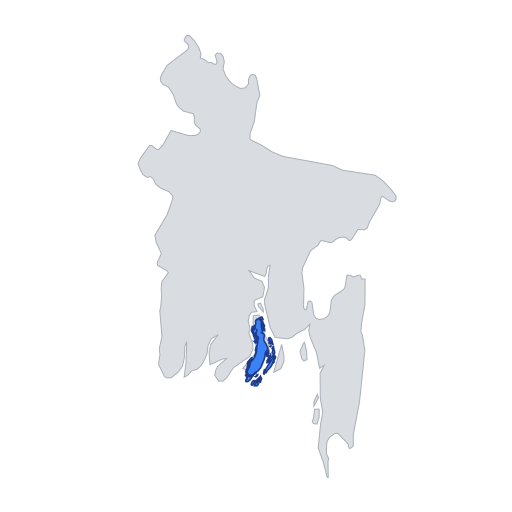 location of Bhola, Barisal, Bangladesh, rotated 12°
{"feature_id": "16705992B37732832620169", "entity_name": "Bhola", "entity_type": "district", "adm_level": 2, "iso_a3": "BGD", "parent_name": "Bangladesh", "parent_adm1": "Barisal", "projection": "natural_earth1", "projection_center": [90.703, 22.35], "detail": "fine", "context": "in_parent", "style": "filled", "palette": "blue", "viewbox_px": 512, "rotation_deg": 12, "n_neighbors": 0, "source": "geoboundaries", "source_scale": "gbopen_adm2", "svg_char_len": 9814}
<svg xmlns="http://www.w3.org/2000/svg" viewBox="0 0 512 512"><g transform="rotate(12 256 256)"><path d="M180.7,366.9L180.7,354.2L173.2,329.3L173.5,326.6L172.0,314.5L170.1,307.9L169.2,300.8L173.7,290.6L171.9,288.9L161.9,285.8L160.7,283.2L162.9,273.1L155.6,263.6L152.8,256.6L160.6,233.7L162.6,217.7L162.1,214.6L157.4,211.1L149.0,209.6L143.1,206.7L139.6,202.2L136.7,200.3L133.1,201.7L128.5,199.9L124.6,195.4L121.4,190.0L122.7,184.1L128.9,170.0L131.1,169.6L136.4,172.3L138.4,172.3L141.9,166.7L146.8,150.9L163.7,152.2L167.8,151.7L172.0,150.5L174.3,148.5L175.6,145.9L175.2,143.7L170.0,140.7L168.0,138.5L166.6,132.2L165.1,129.8L154.9,129.4L149.6,126.5L146.7,123.9L141.5,115.3L135.2,108.9L129.1,107.4L126.7,105.3L125.4,102.0L126.2,97.3L129.4,88.1L146.3,68.4L146.7,66.2L146.1,63.7L141.1,60.5L140.8,59.0L142.2,54.8L145.0,54.3L150.8,58.1L156.7,64.1L160.2,69.6L160.3,73.8L164.9,74.7L168.7,76.6L172.7,76.0L175.2,77.1L177.0,76.7L177.6,74.2L174.3,68.0L175.9,65.4L179.8,65.6L182.6,67.9L184.6,72.7L184.9,80.1L189.5,86.8L195.4,91.6L200.1,93.8L205.7,95.4L210.5,93.8L212.9,89.2L211.9,85.0L212.6,81.2L214.6,79.1L217.6,79.3L219.8,82.3L226.4,98.3L225.0,105.4L226.4,124.9L224.7,137.8L225.8,142.7L226.9,143.6L236.8,146.0L251.1,151.1L262.1,153.0L311.8,151.6L322.6,154.1L355.8,152.2L364.8,156.3L374.6,163.0L380.2,167.9L381.2,170.8L380.6,173.2L378.7,174.5L375.3,174.6L367.5,171.4L366.2,172.3L366.1,180.0L359.8,199.4L359.0,205.3L356.8,207.7L350.2,208.9L345.9,220.2L344.1,221.6L339.8,219.1L337.1,219.5L333.7,220.6L330.4,223.2L328.1,226.4L325.5,227.5L316.2,227.3L314.4,232.5L308.3,239.4L304.1,257.5L304.4,263.1L309.6,277.5L313.2,296.3L314.6,298.2L316.3,298.4L316.5,289.8L318.1,288.7L320.3,289.7L324.7,301.3L327.2,304.2L331.0,305.0L335.4,303.3L338.7,299.9L340.0,296.2L338.9,283.6L340.9,278.4L348.5,270.7L349.5,268.4L349.0,255.7L351.9,255.3L355.7,256.3L360.5,253.3L362.0,253.2L364.1,256.5L367.5,255.9L372.7,281.0L373.2,298.7L374.4,308.6L376.3,310.8L382.1,325.6L387.6,377.5L388.3,410.5L390.6,421.7L388.7,424.3L386.9,424.7L385.2,420.8L372.9,412.4L369.9,413.3L365.7,418.1L364.1,422.7L364.8,429.0L366.2,435.2L369.1,438.8L369.3,442.8L372.7,457.6L371.7,457.7L365.0,444.2L356.8,430.9L354.1,407.1L353.9,395.3L348.4,381.5L343.1,357.4L345.4,348.9L341.5,352.6L335.4,338.2L325.8,324.0L323.0,317.7L322.9,311.6L318.8,317.8L313.2,322.1L307.5,328.6L303.7,330.5L291.6,331.7L284.7,323.0L274.7,301.8L273.4,297.0L274.7,284.6L272.3,272.7L271.7,262.3L269.9,263.3L269.2,266.1L269.6,270.5L268.8,274.2L252.1,271.8L259.2,278.0L266.9,279.5L270.9,285.0L271.1,294.3L263.6,299.8L264.3,304.5L268.6,310.2L263.3,311.9L261.9,315.6L261.8,320.9L265.5,329.1L264.8,332.3L271.2,343.0L272.4,348.1L270.8,355.3L257.1,370.0L253.1,380.4L249.8,385.2L245.5,386.1L240.4,381.2L240.4,376.2L241.4,372.1L248.5,362.4L244.7,363.7L233.6,371.8L231.5,365.3L230.1,359.2L230.1,351.9L235.4,340.8L229.4,346.3L227.7,353.2L228.4,361.3L227.6,367.0L225.2,374.5L222.0,379.0L216.8,381.9L214.4,386.3L210.9,389.6L209.7,374.5L206.0,354.1L205.2,358.5L207.1,371.1L207.0,379.3L204.1,385.8L198.3,392.8L193.9,393.8L191.3,392.7L183.2,382.2L182.5,372.3L180.7,366.9ZM281.8,367.1L271.6,369.6L266.4,368.8L276.1,350.5L275.8,342.3L274.3,335.7L269.4,330.3L269.1,326.5L266.9,321.2L265.7,315.1L271.2,313.1L275.6,316.6L277.2,323.6L279.4,328.8L287.1,339.5L287.0,346.1L284.9,362.2L281.8,367.1ZM303.7,361.1L297.5,366.0L299.5,337.1L304.1,347.9L305.3,353.6L303.7,361.1ZM327.4,346.7L324.7,348.8L322.2,347.0L318.9,340.2L320.5,331.6L321.5,330.4L325.4,339.1L327.4,346.7ZM350.5,407.7L347.0,408.0L345.3,405.9L346.1,403.0L345.1,393.7L349.6,392.7L351.3,400.6L350.5,407.7ZM346.6,381.5L343.9,390.8L342.9,386.6L344.7,378.5L346.6,381.5ZM273.9,306.2L274.9,309.2L269.2,305.3L267.7,302.6L270.2,301.1L273.9,306.2Z" fill="#d9dde1" stroke="#a8b0b8" stroke-width="1"/><path d="M269.3,324.1L269.5,324.2L269.8,323.6L269.6,324.3L270.3,327.8L270.1,327.4L269.5,328.4L267.7,329.3L267.5,330.1L268.8,330.5L270.7,332.3L271.6,333.7L272.7,334.4L272.5,332.7L271.9,331.5L272.3,328.8L271.7,327.2L272.4,328.8L272.0,331.4L272.6,332.3L272.7,333.8L274.8,334.5L275.3,335.2L275.5,336.1L275.4,338.1L275.7,340.8L275.6,343.8L276.0,346.0L275.8,347.7L276.1,348.3L276.2,347.5L276.4,350.2L275.9,354.2L274.4,358.3L272.1,361.8L272.8,361.6L272.8,365.4L271.2,370.7L273.1,373.8L274.5,373.7L276.4,373.4L277.6,372.6L279.7,369.7L282.0,368.0L282.9,365.8L283.7,364.6L285.5,354.8L285.3,348.8L285.8,346.8L286.9,344.7L286.9,343.8L284.0,339.9L281.5,337.3L280.9,335.4L280.7,331.9L280.4,331.3L279.6,330.4L278.1,330.3L277.8,330.1L278.8,330.1L277.3,327.6L277.2,326.3L276.1,324.7L274.6,318.6L272.8,317.3L271.5,317.0L270.4,317.3L270.2,318.3L269.6,318.1L269.0,319.9L269.7,321.6L269.9,322.8L269.3,324.1ZM294.9,354.0L294.1,349.3L293.1,349.4L293.2,352.3L292.4,355.7L290.1,361.4L288.7,366.4L288.7,366.8L288.9,366.4L289.1,367.8L289.6,368.3L290.1,368.1L290.9,365.8L293.5,361.4L294.2,359.4L294.9,354.0ZM277.3,375.2L273.4,375.1L272.9,376.2L272.2,380.9L274.2,380.6L276.1,378.2L277.3,375.2ZM291.0,338.9L288.6,334.3L286.6,332.9L285.6,333.5L285.5,334.0L287.5,336.3L290.1,338.8L291.0,338.9ZM270.2,369.8L270.9,369.1L271.9,365.8L271.3,361.9L271.7,360.8L271.4,360.2L270.6,360.5L269.7,362.7L270.5,363.6L270.3,364.9L270.6,367.3L270.2,369.8ZM281.3,383.3L283.7,382.9L284.9,381.4L285.0,380.4L284.1,379.5L283.4,379.3L284.4,378.4L283.5,378.6L282.5,379.9L281.4,382.6L281.3,383.3ZM278.9,383.2L279.7,382.6L280.9,379.6L280.6,378.1L279.4,378.4L278.2,380.4L278.0,382.5L278.2,383.1L278.9,383.2ZM273.8,334.8L273.3,334.7L272.2,334.9L271.5,336.0L273.0,338.9L273.5,339.3L273.5,339.0L274.3,339.2L274.3,338.7L273.9,336.8L273.2,335.6L274.0,336.5L273.9,335.4L274.2,336.2L274.6,335.3L273.5,334.9L273.1,334.9L273.3,335.4L273.0,334.9L272.4,335.1L273.0,334.8L273.8,334.8ZM294.3,346.1L293.2,344.0L292.5,344.4L291.9,345.7L292.1,347.2L292.9,347.9L294.4,347.8L294.3,346.1ZM267.1,328.5L267.7,328.6L267.8,328.3L268.0,326.9L267.6,326.2L268.0,326.5L268.3,328.0L268.7,326.7L268.4,328.2L268.9,328.1L269.4,327.5L269.0,328.1L269.4,328.1L269.8,326.8L269.4,324.6L269.1,324.6L268.7,325.5L268.1,325.2L267.8,325.6L267.0,325.7L267.1,328.5ZM287.1,375.0L286.3,374.0L285.5,374.6L285.0,375.8L285.4,378.1L286.0,378.9L286.4,378.7L286.0,377.6L286.2,377.4L286.6,377.6L286.8,377.2L286.7,375.1L287.0,375.3L287.1,375.0ZM271.6,316.6L274.2,317.1L275.6,316.8L275.9,316.4L275.4,315.3L274.4,314.4L274.1,314.9L273.4,315.1L273.4,315.5L272.0,315.9L271.6,316.6ZM278.9,322.5L277.6,320.9L277.0,322.8L278.5,326.0L278.9,323.3L278.2,322.6L278.8,322.8L278.9,322.5ZM270.6,360.2L273.0,359.2L273.3,358.5L273.2,356.4L272.7,356.4L270.6,360.2ZM289.3,338.3L286.4,335.5L286.2,335.5L286.7,336.7L286.9,338.9L287.9,339.1L289.3,338.8L289.3,338.3ZM284.2,377.2L284.1,376.4L285.0,374.2L284.9,373.5L282.0,377.9L281.9,379.4L282.7,377.8L284.2,377.2ZM270.8,374.3L271.8,374.9L272.7,374.1L270.9,371.3L270.4,371.8L271.0,373.6L270.8,374.3ZM288.8,348.5L288.3,348.5L288.4,346.5L288.1,345.8L286.9,348.4L287.3,350.1L288.2,349.6L288.8,348.5ZM292.0,341.0L291.2,341.6L290.9,343.2L291.8,344.2L292.9,343.5L292.0,341.0ZM288.9,358.9L289.7,354.9L289.6,352.6L288.6,356.1L288.9,358.9ZM290.0,353.4L290.9,350.5L291.1,350.1L290.8,349.1L289.6,352.2L290.0,353.4ZM288.5,369.9L288.9,368.9L288.7,367.5L288.2,367.0L287.8,367.5L287.7,369.1L288.0,369.8L288.5,369.9ZM279.0,372.1L280.4,370.6L280.6,369.6L279.6,370.0L278.5,372.2L279.0,372.1ZM268.0,331.2L268.9,332.3L269.4,332.3L271.0,333.4L268.7,330.6L268.3,330.7L268.0,331.2ZM270.6,335.2L271.1,335.5L271.4,335.2L271.4,335.5L271.8,335.0L271.3,334.8L271.8,334.7L271.0,334.0L270.4,334.2L271.0,333.9L270.8,333.8L271.3,333.9L271.0,333.6L270.0,333.6L270.6,335.2ZM290.3,357.2L291.1,355.1L291.2,353.3L290.8,353.5L290.1,357.0L290.3,357.2ZM296.0,352.9L296.2,351.1L295.9,350.2L295.4,349.9L295.3,351.0L296.0,352.9ZM295.5,353.6L295.8,352.6L294.8,350.7L294.9,352.0L295.5,353.6ZM281.3,373.0L282.3,372.9L282.4,371.6L281.7,371.9L281.3,373.0ZM275.0,344.9L275.4,345.5L275.7,346.4L275.4,342.8L275.0,344.9ZM275.0,348.5L275.3,348.8L275.5,349.5L275.4,346.9L275.0,346.7L275.0,348.5ZM275.8,353.0L276.1,350.3L276.0,348.7L275.6,352.8L275.8,353.0ZM276.8,374.8L277.6,374.1L277.8,373.6L276.0,374.2L276.8,374.8ZM288.4,341.7L289.1,341.8L289.5,340.8L288.6,341.0L288.4,341.7ZM275.9,317.0L275.5,316.8L274.0,317.2L274.9,317.7L275.9,317.0ZM290.5,352.5L291.3,351.9L291.1,350.5L290.5,352.5ZM272.3,377.3L271.7,380.2L272.1,379.7L272.4,376.1L272.4,375.5L272.0,375.9L272.3,376.2L272.3,377.3ZM279.9,326.6L279.7,325.6L279.3,325.4L279.1,326.7L279.9,326.6ZM287.8,366.4L288.5,365.8L288.7,364.6L287.6,366.2L287.8,366.4ZM269.9,333.5L270.7,333.5L268.9,332.3L269.3,332.8L269.9,333.5ZM271.5,375.6L271.6,375.2L270.7,374.5L270.6,375.2L271.5,375.6ZM286.1,335.9L286.2,335.3L285.6,334.9L285.8,336.5L285.7,336.0L286.1,335.9ZM273.3,341.1L273.4,340.2L272.4,340.2L272.9,340.5L273.3,341.1ZM285.5,373.9L285.9,373.5L285.4,372.6L285.2,373.2L285.5,373.9ZM280.9,374.3L281.2,374.1L281.6,373.6L280.4,374.1L280.9,374.3ZM267.2,330.5L267.2,329.7L267.6,328.7L267.1,328.7L267.2,330.5ZM275.2,355.3L275.6,354.4L275.7,353.1L275.2,355.3ZM295.6,354.5L295.4,355.5L295.6,356.5L295.7,356.4L295.6,354.5ZM288.2,351.4L288.3,350.5L287.7,351.3L288.2,351.4ZM267.9,331.0L268.2,330.4L267.5,330.2L267.6,330.7L267.9,331.0ZM274.0,341.1L274.2,340.1L273.3,339.8L273.8,340.4L274.0,341.1ZM275.4,346.3L275.2,345.4L275.0,345.2L275.0,345.8L275.4,346.3ZM278.0,328.0L277.8,327.1L277.5,326.8L277.4,327.2L278.0,328.0ZM292.8,352.4L292.9,351.8L292.7,351.3L292.6,351.6L292.8,352.4ZM276.5,320.3L276.0,320.3L276.3,320.8L276.5,320.3ZM275.2,342.0L275.5,341.3L275.1,340.9L275.2,342.0ZM276.5,319.1L276.3,319.0L275.9,319.4L276.3,319.5L276.5,319.1ZM286.5,350.2L286.6,349.8L286.4,349.3L286.3,349.9L286.5,350.2ZM287.5,352.6L287.8,352.0L287.5,352.2L287.5,352.6ZM278.1,373.4L278.7,372.5L278.8,372.4L277.9,373.2L278.1,373.4ZM280.0,327.3L279.9,327.0L279.6,326.9L279.7,327.2L280.0,327.3ZM288.7,367.2L288.5,366.5L288.3,366.5L288.2,366.9L288.7,367.2Z" fill="#3b82f6" stroke="#1e3a8a" stroke-width="1.5"/></g></svg>